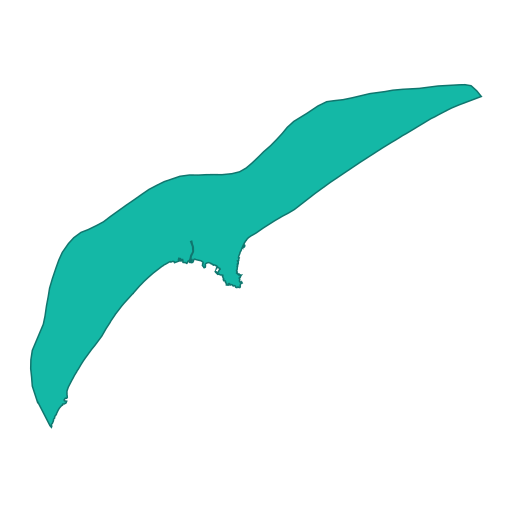 outline of Al Mukalla City, Hadramawt, Yemen
{"feature_id": "15242507B50581943106199", "entity_name": "Al Mukalla City", "entity_type": "district", "adm_level": 2, "iso_a3": "YEM", "parent_name": "Yemen", "parent_adm1": "Hadramawt", "projection": "natural_earth1", "projection_center": [49.141, 14.533], "detail": "fine", "context": "isolated", "style": "filled", "palette": "teal", "viewbox_px": 512, "rotation_deg": 0, "n_neighbors": 0, "source": "geoboundaries", "source_scale": "gbopen_adm2", "svg_char_len": 5825}
<svg xmlns="http://www.w3.org/2000/svg" viewBox="0 0 512 512"><path d="M419.3,88.4L402.8,89.3L392.8,90.2L384.9,91.6L369.9,93.6L352.2,97.8L343.0,99.7L334.0,100.7L326.7,101.7L317.9,106.0L307.0,113.3L293.8,121.4L287.3,127.3L282.3,133.4L276.6,139.6L270.5,145.8L263.8,151.6L258.2,157.2L252.3,162.8L246.2,168.0L239.6,171.8L231.9,173.7L221.9,174.7L214.1,174.6L205.9,174.7L198.3,175.1L189.6,175.0L179.9,176.3L164.3,181.6L157.2,185.1L149.0,189.4L141.3,194.7L133.5,200.2L126.6,204.9L110.4,216.5L103.5,221.8L96.6,225.5L88.2,229.6L81.0,232.4L73.8,237.7L68.5,243.5L62.3,252.4L58.8,260.1L56.0,267.9L52.4,278.6L49.6,288.1L48.2,296.8L46.5,305.8L45.0,316.2L43.3,324.3L32.3,350.4L30.9,359.7L30.7,368.7L31.6,377.1L32.3,386.1L37.5,402.1L37.7,401.8L50.0,425.7L51.4,427.3L51.8,426.1L51.4,425.1L51.5,424.3L52.4,423.3L53.5,420.6L53.4,420.0L53.7,419.0L54.5,418.2L54.7,417.9L54.6,416.9L55.0,416.1L55.6,415.5L56.5,414.0L56.5,413.6L58.1,410.3L59.4,408.1L61.4,405.8L62.6,405.1L62.7,404.7L62.5,404.4L62.8,404.0L64.5,403.9L65.0,403.4L65.4,403.4L66.0,403.0L66.7,401.2L64.4,400.8L64.2,400.4L64.2,399.6L65.2,398.5L65.3,398.2L66.6,398.3L67.0,397.9L67.3,397.3L67.1,395.4L66.9,394.0L67.0,393.6L66.9,391.8L67.1,390.6L68.3,387.1L72.4,379.2L72.7,378.8L74.5,375.3L76.8,371.6L77.0,371.0L78.4,369.0L80.9,364.7L83.5,360.6L85.2,358.2L85.3,357.9L85.7,357.5L91.6,349.4L94.8,345.5L101.8,336.1L106.2,328.4L110.0,322.6L110.9,320.9L115.4,314.3L115.5,313.8L115.8,313.7L121.8,305.9L124.0,303.3L132.7,293.7L133.2,293.5L133.3,293.1L139.6,285.9L141.6,283.9L143.9,281.5L148.3,277.4L153.2,273.1L162.0,266.3L163.1,265.7L164.0,264.9L165.3,264.3L169.8,261.7L170.3,261.6L170.7,261.8L170.9,262.1L172.5,261.4L173.5,261.4L174.3,261.7L174.4,261.9L174.3,262.4L174.5,262.7L178.6,261.2L178.9,260.9L181.7,260.9L181.7,260.7L179.6,260.6L178.9,260.7L178.6,260.4L178.4,259.9L178.7,258.6L178.9,258.6L178.9,258.3L180.5,258.6L180.8,259.5L178.8,259.8L178.9,260.0L182.6,259.5L182.9,260.5L183.0,262.4L184.2,262.6L184.3,262.5L185.2,262.5L185.8,262.8L186.5,263.4L186.9,263.4L187.9,261.3L188.3,261.1L188.9,261.1L189.5,260.1L190.2,258.6L190.8,255.6L192.5,252.5L192.9,251.3L192.7,249.2L192.6,246.7L190.7,241.6L191.7,241.2L192.4,244.4L193.3,246.9L193.4,251.2L193.3,251.9L191.3,256.1L190.8,258.9L189.8,261.3L190.1,261.2L190.2,260.9L190.2,260.6L190.9,259.4L191.5,259.4L192.0,259.5L191.9,260.5L191.1,261.5L190.6,261.5L190.1,262.1L189.8,261.6L189.7,261.4L189.4,262.2L189.9,262.5L190.5,262.4L191.6,262.7L192.7,262.4L193.5,260.9L193.9,259.5L194.3,259.2L194.8,259.1L195.9,259.6L201.1,260.8L203.1,262.3L203.0,263.2L202.9,263.2L202.6,263.8L202.8,264.0L202.6,264.3L202.5,265.2L202.4,265.5L203.3,266.6L203.8,267.0L203.8,267.5L204.0,267.7L204.4,267.7L205.3,267.2L205.5,265.8L205.3,265.0L205.2,264.9L205.2,264.6L205.6,263.9L206.2,263.3L207.7,262.7L208.7,262.6L210.3,263.1L211.2,263.5L211.3,263.9L211.6,263.8L213.1,264.6L213.1,265.0L213.4,265.2L213.7,265.1L213.9,264.8L215.4,265.3L215.6,265.6L215.9,265.5L216.5,265.7L216.7,265.9L216.8,266.2L217.1,266.4L216.3,268.9L216.6,268.7L217.2,266.8L219.2,268.2L219.6,268.8L219.9,268.6L220.2,269.2L220.0,269.4L219.6,269.4L219.5,269.6L217.7,272.9L216.2,271.8L216.0,272.1L215.5,271.2L215.2,271.4L215.3,271.8L216.0,272.6L217.8,274.4L219.1,274.1L219.3,274.4L220.4,274.9L220.9,275.0L221.8,274.9L222.2,275.3L222.8,275.3L222.8,276.5L222.6,276.6L223.4,278.3L223.4,278.5L223.6,278.6L223.5,279.2L223.3,279.3L223.4,280.0L223.6,280.2L223.9,280.2L223.9,280.7L224.6,280.7L224.7,280.9L224.7,280.7L224.8,280.7L225.3,281.0L225.3,281.7L225.5,281.7L225.7,281.9L225.7,282.7L226.0,282.9L226.2,283.5L226.5,283.8L226.3,284.9L227.0,285.1L227.4,285.0L228.2,285.2L228.4,284.9L228.3,284.7L228.3,284.1L228.6,283.6L229.3,283.5L229.8,283.9L229.9,285.0L230.6,285.0L231.4,284.6L232.6,285.0L232.8,285.7L233.4,286.0L234.2,285.6L235.0,285.9L235.4,286.1L235.4,286.6L235.7,287.2L235.9,287.2L236.3,287.5L237.0,287.6L237.5,287.1L238.1,287.0L238.6,287.4L239.2,287.4L239.6,287.6L239.9,287.5L240.1,287.3L240.1,286.9L240.3,286.5L240.1,285.9L240.2,285.3L240.4,284.9L240.4,284.2L241.2,283.4L241.2,283.0L241.4,283.3L242.2,283.0L242.1,282.8L241.7,282.5L241.6,282.1L241.4,282.4L240.9,282.0L240.1,282.1L239.6,281.6L239.4,280.9L239.8,279.1L239.2,278.3L239.3,277.8L239.5,277.6L239.8,277.6L240.2,277.1L240.5,276.3L241.2,275.3L240.9,275.4L240.8,275.7L240.6,275.0L240.3,274.9L240.2,275.2L239.9,275.0L239.5,274.5L239.3,275.0L238.9,275.1L238.3,274.6L238.2,274.4L238.3,274.0L238.0,273.9L238.0,273.7L237.6,273.4L237.4,273.4L237.3,273.7L237.0,273.5L236.9,273.1L236.6,273.0L236.8,272.2L237.1,272.2L237.2,271.9L236.7,271.5L236.5,270.3L236.7,270.2L237.0,270.1L237.1,269.8L237.3,267.4L237.5,266.7L237.2,266.4L237.6,266.0L237.4,265.4L237.4,265.1L237.6,265.1L237.6,264.7L237.8,264.7L238.0,264.1L237.8,264.1L237.7,264.5L237.4,264.4L237.5,264.1L237.5,263.5L237.7,263.4L238.0,263.7L237.9,264.0L238.0,264.1L238.3,263.0L238.2,262.3L238.4,261.6L238.2,261.9L238.0,261.5L237.6,261.3L237.5,260.9L238.2,260.9L238.3,261.3L238.4,260.9L238.7,260.6L238.7,259.2L239.0,258.3L238.6,258.4L238.5,257.7L238.8,257.6L239.1,258.0L239.2,257.9L238.6,257.1L238.7,256.2L239.9,253.4L239.8,253.0L240.5,251.5L241.0,250.8L242.1,247.8L242.3,247.9L242.2,247.7L242.5,247.1L242.8,246.8L243.6,247.3L243.9,247.3L244.4,246.8L244.3,246.7L244.0,247.0L243.6,247.1L242.7,246.5L243.2,245.2L243.5,244.8L243.8,244.8L244.6,245.2L244.7,245.6L244.5,246.0L244.8,245.8L244.7,245.2L244.0,244.7L243.9,244.0L244.3,243.2L244.5,242.7L245.2,241.8L245.8,240.6L246.2,240.5L246.8,239.4L248.5,237.6L251.6,235.5L252.3,235.2L256.1,233.0L263.4,227.9L274.9,220.6L282.4,216.2L288.7,212.9L294.5,209.4L315.1,193.4L330.4,182.3L360.3,162.2L382.2,148.1L391.3,142.5L395.6,140.0L402.9,135.4L406.2,133.6L431.0,118.6L434.8,116.8L438.2,114.9L447.2,110.2L451.6,108.0L459.0,104.9L481.3,96.5L476.8,90.9L472.3,86.8L471.0,85.7L465.0,84.7L459.6,84.8L438.0,86.0L419.3,88.4Z" fill="#14b8a6" stroke="#0f766e" stroke-width="1.5"/></svg>